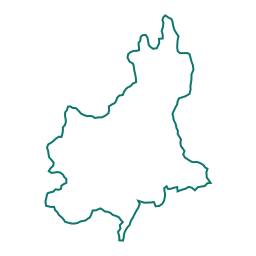 Rio Pomba, Minas Gerais, Brazil
{"feature_id": "56859067B26609044330298", "entity_name": "Rio Pomba", "entity_type": "district", "adm_level": 2, "iso_a3": "BRA", "parent_name": "Brazil", "parent_adm1": "Minas Gerais", "projection": "robinson", "projection_center": [-43.171, -21.234], "detail": "fine", "context": "isolated", "style": "outline", "palette": "teal", "viewbox_px": 256, "rotation_deg": 0, "n_neighbors": 0, "source": "geoboundaries", "source_scale": "gbopen_adm2", "svg_char_len": 2895}
<svg xmlns="http://www.w3.org/2000/svg" viewBox="0 0 256 256"><path d="M162.4,20.1L163.4,22.6L163.0,26.6L161.7,31.1L162.8,35.1L162.7,38.5L159.0,38.8L159.2,43.3L156.8,48.2L153.1,48.8L150.4,46.9L148.7,44.9L148.1,40.9L147.4,37.5L145.7,34.9L142.8,35.1L140.8,36.7L140.2,40.8L138.5,43.0L138.8,46.0L139.2,50.1L136.5,50.9L133.6,50.9L130.6,52.1L128.2,54.1L127.5,57.6L129.5,61.5L133.1,63.8L134.0,67.5L134.4,71.2L135.2,74.2L135.9,78.4L136.1,82.1L132.7,83.6L130.6,86.1L127.8,87.4L125.9,89.0L124.1,91.6L122.8,95.0L119.4,95.5L117.2,97.7L116.2,100.7L114.6,103.2L112.3,104.2L108.8,106.5L109.2,110.0L108.4,113.2L105.8,115.4L102.1,117.3L98.4,117.4L94.8,118.0L92.8,116.4L90.5,116.0L87.0,116.1L83.9,115.0L81.0,113.6L78.4,110.5L75.8,108.1L72.5,107.9L70.5,106.4L67.9,106.7L67.0,110.0L65.2,112.3L65.0,115.7L65.6,118.8L65.9,121.8L65.0,125.0L62.8,127.4L62.9,130.7L62.4,133.7L61.4,137.0L58.8,136.7L55.8,138.7L53.5,140.9L51.2,142.7L48.3,144.3L47.0,147.4L48.2,151.2L48.5,154.1L49.3,157.6L51.8,160.3L53.7,162.7L53.2,165.8L50.4,168.4L48.8,171.2L51.5,172.9L54.9,172.5L57.5,172.1L60.2,172.5L62.9,174.6L64.4,177.2L66.4,179.1L66.3,182.9L63.6,184.2L61.4,185.7L60.9,188.9L58.7,189.8L55.6,189.3L53.2,191.7L50.0,192.4L47.5,193.3L46.7,196.0L46.1,199.0L45.4,201.7L46.1,205.8L50.8,206.9L54.1,206.9L55.2,210.2L57.4,212.3L59.0,215.1L61.2,216.9L63.3,219.0L65.1,221.8L68.1,222.7L71.5,223.5L75.1,223.5L77.7,222.9L80.6,221.4L85.3,220.5L87.8,218.7L89.9,217.4L91.1,214.9L92.7,210.5L95.9,210.3L98.2,209.3L100.4,208.4L102.8,209.8L104.8,211.5L107.7,211.8L110.5,212.9L112.7,214.9L115.6,215.8L118.8,217.2L120.8,219.9L122.8,222.2L119.8,225.1L120.4,228.7L118.0,231.9L119.3,236.5L119.3,240.3L122.9,240.6L123.8,237.4L123.9,234.6L124.9,231.6L127.1,227.7L129.6,225.0L130.9,220.7L132.8,217.9L134.3,214.7L136.2,211.1L138.4,207.6L139.7,203.9L138.2,200.8L141.3,201.8L144.4,202.7L148.0,202.6L151.4,202.4L153.9,202.0L155.6,206.3L159.3,205.9L162.0,204.1L163.9,201.2L164.8,197.3L165.1,193.9L164.5,191.2L164.2,188.2L166.6,186.3L167.9,188.9L170.4,188.9L173.8,187.8L177.2,187.0L177.6,191.4L181.5,189.9L185.6,188.7L188.7,186.9L192.0,187.8L194.9,190.3L197.6,187.3L201.0,186.6L204.8,186.0L207.4,183.2L210.6,182.9L208.5,179.9L206.7,177.3L206.4,172.1L207.5,168.8L205.1,167.4L203.5,165.1L200.6,163.3L197.0,161.9L194.2,162.2L191.7,161.8L188.2,159.7L184.7,157.3L183.2,154.3L184.5,151.1L182.5,148.1L180.9,146.0L180.4,142.8L181.0,139.4L179.3,136.6L177.7,134.0L177.9,130.7L176.5,128.2L175.8,124.4L173.7,119.9L173.2,116.9L172.5,113.7L174.0,110.4L175.7,106.9L177.2,104.4L177.6,101.4L178.9,98.4L181.9,97.4L185.3,96.3L189.5,93.9L190.6,89.3L190.4,85.9L190.9,83.2L191.4,80.0L191.5,74.2L193.4,70.0L192.9,65.2L191.5,61.6L190.4,57.3L189.5,54.2L187.2,53.0L183.8,53.1L180.0,53.1L177.7,51.1L177.2,47.8L177.3,44.5L177.6,40.2L178.5,36.3L176.6,33.5L174.5,30.2L173.1,25.4L172.5,21.6L171.4,19.0L168.4,17.5L165.3,15.4L163.4,17.2L162.4,20.1Z" fill="none" stroke="#0f766e" stroke-width="2"/></svg>